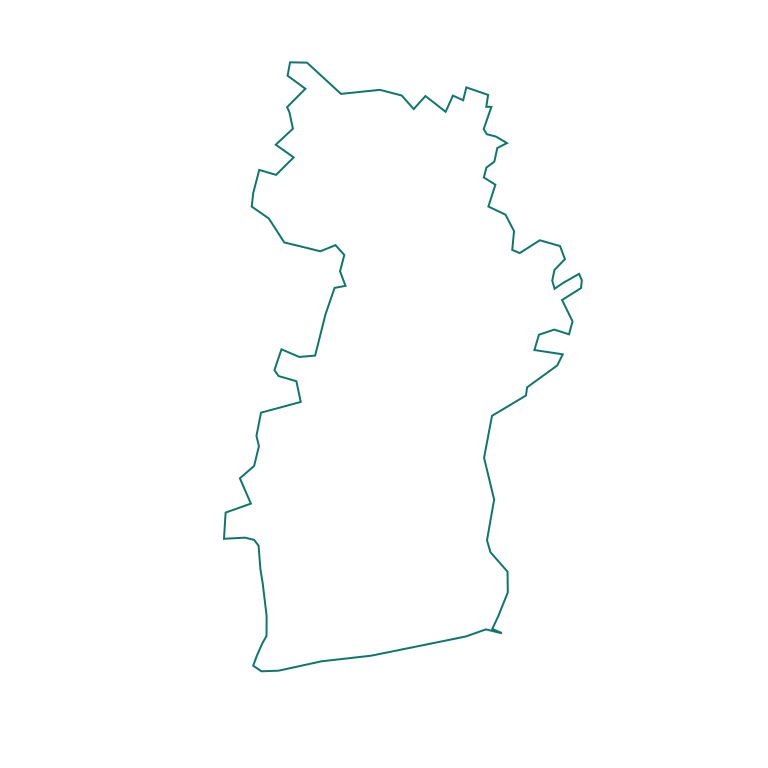 Urgut, Samarkand, Uzbekistan, rotated 103°
{"feature_id": "79887680B70899429425762", "entity_name": "Urgut", "entity_type": "district", "adm_level": 2, "iso_a3": "UZB", "parent_name": "Uzbekistan", "parent_adm1": "Samarkand", "projection": "equal_earth", "projection_center": [67.137, 39.37], "detail": "fine", "context": "isolated", "style": "outline", "palette": "teal", "viewbox_px": 768, "rotation_deg": 103, "n_neighbors": 0, "source": "geoboundaries", "source_scale": "gbopen_adm2", "svg_char_len": 1499}
<svg xmlns="http://www.w3.org/2000/svg" viewBox="0 0 768 768"><g transform="rotate(103 384 384)"><path d="M570.8,505.1L565.0,484.9L565.1,475.5L569.8,469.8L591.6,463.0L605.4,457.4L636.4,446.2L655.9,441.8L663.9,444.2L677.6,446.8L687.9,448.1L691.5,438.8L687.1,422.4L677.8,402.7L668.2,382.4L651.6,335.4L611.5,247.3L600.2,229.6L600.4,214.0L600.0,214.0L598.3,223.4L584.3,220.4L559.2,216.5L539.1,221.4L524.0,242.4L513.1,248.5L471.8,250.7L433.4,269.9L390.7,271.6L363.3,243.1L355.0,243.8L327.0,219.4L314.9,216.5L317.1,245.1L301.1,244.1L292.7,230.3L294.0,214.9L280.5,214.4L262.1,229.4L246.2,213.6L238.4,214.6L232.8,218.7L245.1,232.1L252.8,239.2L245.5,243.3L234.6,243.6L221.6,235.8L210.0,243.5L208.9,264.5L225.9,281.2L224.5,289.2L205.8,291.7L191.7,303.7L187.6,322.2L164.8,320.3L160.3,333.2L150.1,332.9L142.5,326.5L128.6,326.7L121.6,318.4L117.7,330.7L117.5,340.0L113.2,344.2L89.8,341.7L90.9,346.7L78.9,347.6L76.5,370.5L89.7,370.7L87.5,381.7L104.9,385.2L94.1,408.4L109.4,416.9L98.9,431.7L98.3,454.2L111.0,491.2L88.2,531.3L91.7,547.9L105.3,547.3L114.0,527.0L136.0,540.7L140.5,537.3L155.7,530.2L175.2,543.3L183.5,523.0L204.5,536.2L203.5,553.7L227.3,554.4L240.9,552.8L248.6,533.5L268.5,513.0L269.0,475.9L259.6,462.5L267.2,451.7L284.1,452.2L297.0,443.6L301.5,453.8L329.6,456.7L371.8,457.5L376.7,472.7L373.3,491.7L395.1,493.9L400.0,488.5L401.0,470.0L420.2,461.1L439.6,497.4L463.3,496.6L472.7,491.9L493.0,492.1L508.3,503.2L530.5,486.8L544.9,509.4L570.8,505.1Z" fill="none" stroke="#0f766e" stroke-width="2"/></g></svg>